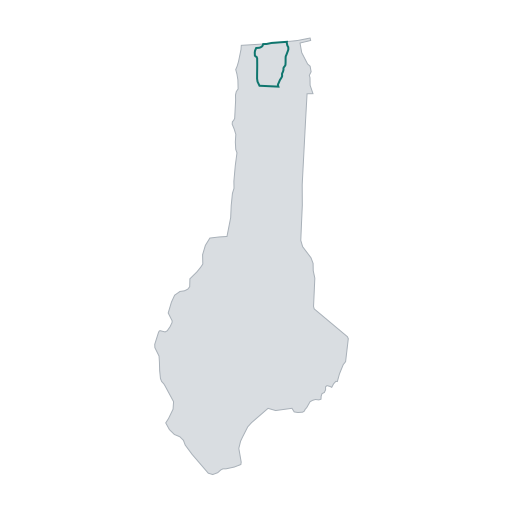 location of Atlantique within Benin, rotated 183°
{"feature_id": "BEN-2174", "entity_name": "Atlantique", "entity_type": "Department", "adm_level": 1, "iso_a3": "BEN", "parent_name": "Benin", "parent_adm1": "", "projection": "robinson", "projection_center": [2.175, 6.604], "detail": "fine", "context": "in_parent", "style": "outline", "palette": "teal", "viewbox_px": 512, "rotation_deg": 183, "n_neighbors": 0, "source": "natural_earth", "source_scale": "10m", "svg_char_len": 2652}
<svg xmlns="http://www.w3.org/2000/svg" viewBox="0 0 512 512"><g transform="rotate(183 256 256)"><path d="M213.4,476.5L212.7,474.1L223.2,471.0L221.0,461.5L214.5,450.4L211.9,448.4L210.6,442.9L212.2,439.2L211.4,436.8L210.9,429.3L207.6,421.1L213.5,420.7L213.6,394.1L213.6,368.6L213.6,346.8L213.6,329.6L212.4,309.0L212.3,293.9L212.1,273.9L209.9,267.7L201.0,257.1L198.6,251.6L198.1,244.4L196.1,236.9L196.0,223.8L195.9,208.6L195.1,206.2L185.4,198.9L171.7,188.6L161.3,180.8L160.5,180.2L159.5,178.3L161.0,155.2L163.2,152.1L166.5,142.6L168.2,134.9L169.7,135.0L171.8,132.5L173.5,128.8L175.3,129.6L178.3,130.3L179.7,129.0L179.5,126.1L180.6,123.3L182.9,122.0L183.6,119.4L183.6,116.4L185.7,115.6L189.2,115.8L192.0,114.8L194.4,113.3L197.4,107.3L199.0,105.3L199.5,103.8L201.2,102.5L205.9,101.9L209.7,102.3L212.1,105.8L228.3,102.7L236.0,104.5L251.7,89.4L255.3,85.0L260.0,74.4L261.7,70.3L263.1,63.0L260.0,49.4L260.2,47.0L266.7,44.1L274.8,41.9L277.9,41.7L280.0,40.5L282.9,37.6L287.8,35.5L290.6,36.2L292.3,36.6L309.4,54.5L316.8,63.5L318.8,68.1L322.6,71.5L328.2,73.5L333.4,78.1L337.4,84.6L334.8,89.2L330.8,98.7L330.7,106.2L340.2,121.8L341.3,123.4L343.7,125.8L345.0,128.7L346.2,136.4L346.9,145.1L347.6,151.0L352.2,159.2L352.5,162.5L349.3,174.8L348.6,176.1L347.8,176.4L342.8,175.4L340.7,176.7L338.1,180.9L336.4,185.0L336.3,186.8L340.7,194.5L338.0,205.6L335.2,212.6L330.1,216.6L325.6,217.5L322.4,219.3L320.6,221.8L320.8,229.8L314.2,237.0L310.5,242.1L308.7,245.2L309.4,254.5L307.1,264.0L303.0,271.5L293.7,273.1L286.0,274.0L283.3,293.0L283.4,305.1L282.8,317.4L281.5,322.4L282.0,329.5L281.4,345.4L280.4,358.0L281.8,361.4L282.6,368.8L282.5,376.4L284.5,381.8L286.7,386.4L286.6,388.8L285.4,390.3L284.5,392.3L284.5,410.3L284.9,415.7L284.3,419.1L282.6,421.9L283.3,431.0L284.6,436.8L286.0,441.1L284.7,444.7L283.6,449.4L281.8,461.4L281.7,465.6L255.3,468.6L225.7,473.4L213.4,476.5Z" fill="#d9dde1" stroke="#a8b0b8" stroke-width="1"/><path d="M259.9,468.0L256.5,468.3L251.5,469.6L236.4,471.5L236.5,470.9L236.2,469.6L235.7,467.8L234.7,466.2L234.5,464.0L234.9,462.5L236.2,458.4L236.6,457.4L236.8,456.6L236.8,455.1L236.6,451.1L236.6,449.1L236.6,448.4L236.8,447.8L237.3,447.0L237.6,446.5L238.1,445.9L238.3,445.4L238.4,444.7L238.3,443.4L238.7,441.5L239.5,439.6L239.5,438.2L239.3,437.3L239.4,436.7L239.7,435.9L240.6,434.2L241.1,433.5L241.4,432.8L242.4,430.0L242.8,429.1L243.1,428.0L242.5,426.3L261.4,426.2L263.6,430.2L264.2,433.1L264.4,437.2L264.7,444.9L264.8,447.0L265.2,453.5L265.9,454.9L266.3,455.0L266.6,455.2L266.9,455.4L267.6,456.0L267.9,459.2L267.7,461.0L266.7,463.7L263.7,464.1L262.4,464.6L261.2,465.4L260.5,466.2L259.9,468.0Z" fill="none" stroke="#0f766e" stroke-width="2"/></g></svg>